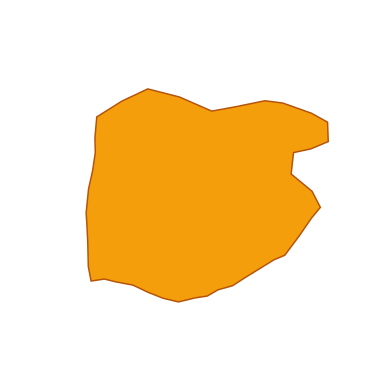 Agios Chariton, Cyprus (orthographic projection), rotated 299°
{"feature_id": "46923920B730618297548", "entity_name": "Agios Chariton", "entity_type": "district", "adm_level": 2, "iso_a3": "CYP", "parent_name": "Cyprus", "parent_adm1": "", "projection": "orthographic", "projection_center": [33.6, 35.299], "detail": "fine", "context": "isolated", "style": "filled", "palette": "amber", "viewbox_px": 384, "rotation_deg": 299, "n_neighbors": 0, "source": "geoboundaries", "source_scale": "gbopen_adm2", "svg_char_len": 660}
<svg xmlns="http://www.w3.org/2000/svg" viewBox="0 0 384 384"><g transform="rotate(299 192 192)"><path d="M65.2,146.9L73.4,157.6L76.6,169.4L81.9,185.4L83.0,202.5L85.1,218.5L89.3,233.4L101.0,246.2L108.4,255.8L119.1,262.2L129.7,272.9L143.5,280.3L153.1,285.7L172.2,296.4L181.7,303.8L205.1,307.0L227.4,309.2L240.8,311.7L250.8,296.7L255.8,270.0L275.7,261.7L287.3,275.0L302.2,286.7L318.8,276.7L318.8,258.3L313.8,228.3L307.2,211.6L287.3,188.3L272.3,170.0L269.0,135.0L260.7,103.3L237.5,86.6L211.5,72.3L192.4,80.8L179.6,88.3L162.6,94.7L144.6,100.0L122.3,109.6L110.6,117.1L96.8,125.6L76.6,137.4L65.2,146.9Z" fill="#f59e0b" stroke="#b45309" stroke-width="1.5"/></g></svg>